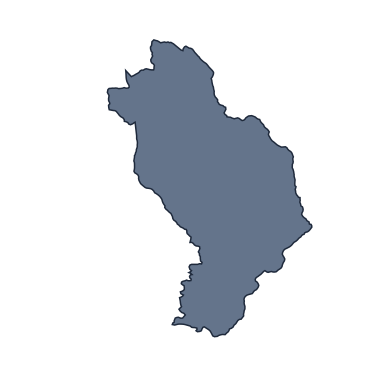 the district of Chapada da Natividade, Tocantins, Brazil, rotated 298°
{"feature_id": "56859067B42191858406182", "entity_name": "Chapada da Natividade", "entity_type": "district", "adm_level": 2, "iso_a3": "BRA", "parent_name": "Brazil", "parent_adm1": "Tocantins", "projection": "robinson", "projection_center": [-47.867, -11.515], "detail": "fine", "context": "isolated", "style": "filled", "palette": "slate", "viewbox_px": 384, "rotation_deg": 298, "n_neighbors": 0, "source": "geoboundaries", "source_scale": "gbopen_adm2", "svg_char_len": 6027}
<svg xmlns="http://www.w3.org/2000/svg" viewBox="0 0 384 384"><g transform="rotate(298 192 192)"><path d="M307.8,154.8L308.7,153.1L310.3,148.3L311.2,146.4L312.0,144.4L312.2,142.7L312.4,140.9L313.1,138.0L313.7,136.3L314.5,135.1L314.8,133.7L316.0,130.5L316.5,129.0L317.4,127.3L318.3,125.4L318.3,123.5L317.7,121.9L317.9,118.2L316.7,117.3L314.4,117.0L312.5,117.6L312.2,115.5L314.1,106.2L314.2,103.1L313.3,102.0L313.2,100.4L311.9,99.0L311.5,97.2L309.0,94.2L309.2,92.1L309.2,90.4L308.8,89.0L308.4,86.9L305.9,86.1L304.2,86.8L302.4,87.5L300.5,87.3L298.9,88.2L297.2,89.9L296.4,91.6L294.7,92.1L293.6,93.4L291.2,93.5L289.4,93.5L288.0,94.5L287.1,95.8L286.9,98.0L286.0,99.4L284.5,99.8L283.2,100.5L281.8,100.8L280.8,98.9L280.1,96.9L279.8,95.5L279.3,93.7L278.1,92.5L276.8,91.9L275.9,90.2L274.5,89.3L273.1,89.2L271.3,88.3L269.6,87.1L268.0,86.2L265.4,84.3L268.1,76.5L266.6,77.5L261.9,80.3L260.4,81.4L259.0,82.7L257.8,84.3L256.5,86.4L255.1,87.3L253.8,86.8L252.7,85.1L252.3,83.1L250.9,81.8L249.7,80.1L248.8,78.6L248.5,77.1L247.9,75.7L247.0,74.4L246.4,73.1L245.5,71.8L244.5,70.2L243.0,69.7L240.2,70.5L238.2,73.5L236.7,74.0L235.2,74.5L233.4,75.6L232.4,77.1L231.3,78.0L229.4,77.6L227.4,78.9L225.8,80.3L227.0,84.2L227.7,85.9L227.6,87.3L226.4,90.2L225.6,91.8L225.1,93.6L225.0,96.3L224.1,98.2L222.6,99.1L223.1,100.8L223.2,102.8L222.3,104.2L222.5,106.1L224.3,107.6L225.8,108.3L226.9,109.0L215.7,116.7L212.9,118.2L211.6,119.5L210.2,120.5L209.0,121.1L207.7,121.6L206.6,122.3L205.2,122.7L203.5,122.9L201.7,123.7L199.8,123.8L198.5,124.3L197.2,124.1L195.9,124.8L193.9,125.5L192.1,126.1L191.1,127.2L189.9,128.0L186.8,129.7L185.2,130.4L183.1,131.0L182.1,132.4L182.0,134.7L181.5,136.6L180.4,137.8L178.8,138.5L177.3,139.8L176.2,141.4L175.3,142.7L174.8,144.6L174.3,146.9L174.0,148.4L174.1,149.9L174.9,152.0L175.5,153.8L175.6,155.5L175.0,157.6L173.8,159.4L173.8,161.2L173.5,163.6L173.1,165.3L172.5,166.8L171.4,168.8L169.6,170.5L168.5,171.9L167.7,173.3L167.1,174.6L165.5,175.2L164.5,177.3L164.3,178.8L163.8,180.3L163.4,181.7L163.2,183.4L161.2,186.2L159.5,187.6L158.6,189.2L158.4,191.2L157.7,193.0L156.8,194.1L156.6,195.9L155.8,198.1L156.0,200.8L155.7,203.1L156.2,204.5L155.4,205.6L154.1,206.3L153.0,207.3L152.6,209.0L152.1,210.4L151.7,212.4L149.7,213.1L148.1,213.5L146.5,213.9L147.4,215.4L147.2,217.3L146.4,219.0L146.3,221.0L147.0,222.7L147.3,224.3L145.8,225.5L143.9,225.7L142.1,225.7L141.1,227.5L139.8,228.1L138.8,229.7L137.1,230.6L135.1,232.0L134.6,233.9L133.0,234.2L132.2,232.3L130.8,231.0L129.7,229.0L127.9,225.6L126.6,224.5L124.5,224.6L122.7,226.5L122.3,228.5L120.9,228.1L119.4,227.1L119.6,229.0L119.1,230.8L118.2,229.6L116.4,229.4L115.2,230.4L114.7,232.2L113.3,232.6L112.4,231.4L111.8,230.1L111.7,228.6L110.2,227.4L108.9,225.9L107.6,225.1L106.0,225.6L105.6,227.3L105.6,228.9L104.0,230.1L102.3,231.0L101.0,230.6L99.8,229.9L98.4,228.6L97.0,229.9L97.0,232.8L95.6,232.6L94.1,231.7L92.9,230.6L91.6,231.7L90.1,232.9L88.3,234.1L86.8,235.4L85.8,236.6L84.3,236.1L82.4,235.5L81.3,237.5L80.8,239.6L81.1,241.7L80.3,243.8L76.3,242.9L75.3,241.4L75.0,238.7L74.0,237.4L72.8,236.4L70.0,236.7L68.7,237.4L67.4,236.6L65.7,236.8L66.4,239.2L67.8,240.7L68.8,241.8L69.6,243.1L70.5,244.9L71.2,246.5L71.7,248.1L72.0,249.5L72.8,253.2L72.4,255.3L72.9,256.7L73.6,258.1L74.1,260.2L72.9,261.0L71.4,260.7L71.2,262.4L72.6,264.4L73.9,265.4L75.8,265.1L77.7,265.2L78.7,266.2L78.3,271.2L77.9,273.0L77.0,274.6L75.9,276.2L74.7,277.9L74.8,279.8L75.6,280.9L76.4,282.1L78.1,283.1L79.5,284.5L80.6,285.9L81.6,288.2L83.8,288.8L85.3,289.5L86.9,289.7L88.7,289.4L90.2,290.8L92.1,291.7L94.1,291.6L96.3,292.5L100.1,292.8L101.7,293.6L102.8,295.1L104.6,295.4L106.8,295.8L108.4,294.8L110.0,294.4L111.7,293.8L113.6,293.6L115.9,292.4L117.5,290.8L118.8,289.9L120.2,289.4L121.6,288.3L123.3,287.9L124.9,288.1L126.7,288.9L128.0,290.1L130.6,292.9L131.8,293.1L133.2,293.2L134.6,293.7L136.0,294.7L137.5,295.0L139.3,295.1L140.9,294.8L141.9,293.7L143.0,291.9L143.2,289.9L144.4,288.9L145.7,288.7L147.2,289.2L148.4,289.9L150.0,290.6L151.5,291.4L154.1,292.2L155.4,292.5L156.8,293.3L156.5,295.5L156.8,296.9L158.1,298.3L159.1,299.5L159.4,301.1L160.0,302.3L161.0,303.7L162.4,304.3L163.6,304.7L165.0,305.5L166.5,306.3L168.3,306.5L169.7,306.1L171.6,305.8L173.3,305.8L174.6,305.9L176.4,305.4L177.7,303.6L178.5,302.2L179.5,300.9L181.2,300.4L183.0,300.3L184.2,300.5L185.6,301.1L186.7,302.0L189.3,303.8L191.0,304.6L192.2,305.0L193.9,305.3L195.5,305.7L197.4,306.9L199.2,307.6L200.6,307.9L202.0,308.3L203.3,309.1L205.0,309.3L206.2,309.7L207.2,310.8L208.9,310.7L210.0,311.5L211.1,312.7L212.5,313.4L214.0,313.8L215.7,314.1L217.2,314.3L218.5,313.5L219.3,312.3L218.8,310.7L220.5,309.4L220.6,307.0L221.8,305.1L221.9,303.3L222.5,301.2L223.7,299.3L225.3,298.9L227.1,298.9L228.6,298.4L229.7,297.6L230.7,296.5L230.9,294.6L232.3,293.6L233.7,291.9L235.1,291.6L236.5,290.7L237.8,290.0L237.3,288.5L238.0,287.3L238.6,285.8L239.8,284.1L241.6,282.9L242.9,281.8L244.2,281.7L245.6,281.3L245.9,279.9L247.5,278.9L249.4,278.0L251.1,277.3L252.8,275.7L253.9,274.7L255.3,274.0L256.6,273.0L257.7,272.2L259.2,270.8L260.5,269.1L262.2,268.3L263.5,267.6L264.9,267.6L266.3,267.1L267.7,266.0L269.1,265.2L270.6,265.0L271.6,263.8L272.7,262.6L273.6,261.4L274.1,260.0L274.2,258.2L274.7,256.5L275.6,255.1L275.8,253.3L273.6,249.9L273.5,247.6L273.5,245.4L274.0,243.1L274.5,240.8L274.8,238.7L275.7,236.7L276.9,234.9L277.7,233.5L278.6,232.5L280.0,232.1L281.3,232.0L282.2,230.5L282.8,228.8L283.0,227.1L283.5,225.3L284.9,223.6L285.9,220.3L286.8,218.9L287.8,217.7L287.4,216.3L287.4,214.8L287.9,212.7L287.7,210.6L287.4,208.8L285.7,206.3L284.3,205.5L282.6,204.7L280.8,204.5L279.6,203.9L278.6,202.7L278.8,200.8L279.1,199.2L278.9,197.5L276.5,194.9L276.1,192.7L276.1,191.0L275.3,189.1L274.8,187.5L275.8,186.7L275.9,184.9L276.9,183.2L280.9,183.1L282.6,181.9L282.3,180.4L282.8,178.8L282.3,176.7L282.2,174.9L283.0,173.7L283.7,172.1L285.4,171.4L286.2,169.8L286.9,167.8L288.1,166.2L289.8,165.0L291.4,164.3L292.9,162.9L294.8,161.5L295.7,160.3L298.2,158.2L299.9,157.0L301.3,155.6L303.0,155.9L304.7,155.8L306.4,155.5L307.8,154.8Z" fill="#64748b" stroke="#1e293b" stroke-width="1.5"/></g></svg>